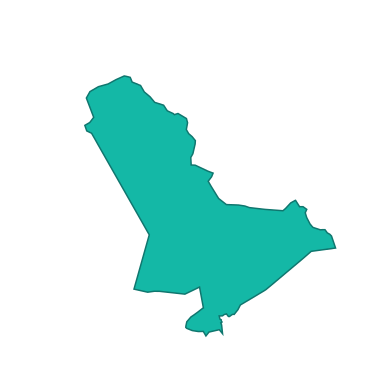 Gurara, Niger, Nigeria (Equal Earth projection), rotated 60°
{"feature_id": "59680162B85303802109421", "entity_name": "Gurara", "entity_type": "district", "adm_level": 2, "iso_a3": "NGA", "parent_name": "Nigeria", "parent_adm1": "Niger", "projection": "equal_earth", "projection_center": [7.034, 9.353], "detail": "fine", "context": "isolated", "style": "filled", "palette": "teal", "viewbox_px": 384, "rotation_deg": 60, "n_neighbors": 0, "source": "geoboundaries", "source_scale": "gbopen_adm2", "svg_char_len": 1945}
<svg xmlns="http://www.w3.org/2000/svg" viewBox="0 0 384 384"><g transform="rotate(60 192 192)"><path d="M247.1,290.8L256.6,280.5L259.1,274.3L261.7,269.9L276.9,249.2L278.1,233.0L298.1,240.1L298.0,240.5L298.9,246.9L299.4,251.5L299.7,255.5L300.7,258.3L301.8,261.4L305.0,264.3L306.2,265.1L307.5,264.7L312.1,261.1L316.0,256.3L318.4,251.9L323.6,251.9L321.8,247.3L324.9,237.2L330.0,236.4L325.5,234.4L321.9,232.8L319.7,232.5L319.9,231.4L319.1,230.9L318.4,231.1L317.1,230.6L316.4,231.3L315.1,231.1L312.9,230.4L313.8,228.9L314.5,227.4L314.2,225.6L314.8,223.1L317.6,222.8L318.3,222.4L318.6,221.7L318.4,220.4L318.2,218.4L318.6,217.3L319.1,216.7L316.9,211.1L314.0,206.6L313.6,179.1L313.5,176.9L312.5,171.0L305.1,129.3L303.0,118.4L312.3,95.7L299.9,93.2L297.5,93.8L296.5,94.4L295.0,95.3L293.6,95.4L291.1,95.7L289.9,97.8L288.9,99.8L287.2,101.3L284.0,104.2L283.0,105.0L281.5,105.3L278.9,105.7L278.3,105.8L277.5,105.7L272.5,105.5L271.3,105.4L268.3,104.7L266.6,104.3L265.6,102.9L264.4,101.3L260.2,103.2L259.5,104.4L258.5,106.2L256.1,106.3L251.0,106.5L250.9,106.9L250.8,112.0L253.0,119.1L253.7,122.6L243.4,137.7L234.2,150.1L230.6,153.2L226.5,158.3L220.1,168.5L210.9,172.2L196.6,172.6L190.8,172.6L188.6,167.4L186.2,164.3L181.8,167.9L170.4,175.8L168.2,179.2L161.5,175.8L159.3,172.1L152.0,165.3L149.2,163.4L144.2,164.2L139.8,165.7L135.1,165.7L129.8,161.2L125.6,160.1L120.9,162.7L117.0,164.9L116.2,168.6L114.8,169.0L114.6,169.1L110.5,172.0L109.3,172.8L106.3,173.0L105.6,173.0L104.0,173.1L102.6,173.2L95.7,179.5L88.7,180.7L81.5,183.3L74.0,183.3L72.4,184.6L70.8,185.7L70.8,185.8L69.0,187.2L68.6,187.5L68.4,187.7L66.8,188.9L64.3,188.5L61.8,188.2L60.3,189.7L58.8,191.3L57.6,192.7L57.6,192.8L56.7,201.6L56.5,210.6L54.0,220.4L54.0,230.1L57.8,236.5L78.2,239.8L80.7,245.8L80.7,251.5L86.5,252.6L90.9,249.6L96.2,249.6L104.3,249.7L176.1,250.2L192.1,250.3L204.0,250.4L207.7,250.4L215.3,258.2L235.3,278.7L247.1,290.8Z" fill="#14b8a6" stroke="#0f766e" stroke-width="1.5"/></g></svg>